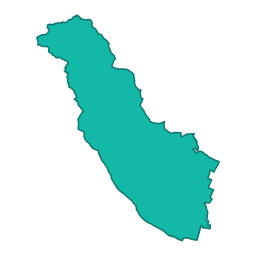 the district of Cornesti, Cluj, Romania
{"feature_id": "2599482B95174876937173", "entity_name": "Cornesti", "entity_type": "district", "adm_level": 2, "iso_a3": "ROU", "parent_name": "Romania", "parent_adm1": "Cluj", "projection": "natural_earth1", "projection_center": [23.687, 47.03], "detail": "fine", "context": "isolated", "style": "filled", "palette": "teal", "viewbox_px": 256, "rotation_deg": 0, "n_neighbors": 0, "source": "geoboundaries", "source_scale": "gbopen_adm2", "svg_char_len": 5628}
<svg xmlns="http://www.w3.org/2000/svg" viewBox="0 0 256 256"><path d="M197.1,240.1L197.4,238.8L197.2,238.8L198.4,235.3L199.5,231.3L200.8,225.9L201.2,226.0L202.1,226.0L202.5,226.3L202.7,226.8L202.5,227.5L202.8,227.9L204.0,227.7L204.6,227.9L208.0,228.2L209.2,228.7L210.1,228.6L210.3,225.1L207.8,225.0L208.6,221.0L206.2,220.0L206.9,218.7L207.3,217.4L207.2,216.3L207.0,216.1L207.2,215.6L207.7,212.9L207.7,212.2L207.7,211.9L207.6,211.7L207.0,210.3L206.5,208.7L206.3,207.5L205.5,204.9L205.0,204.0L204.2,202.8L204.7,202.1L205.6,202.6L207.5,202.9L208.0,202.8L208.6,202.9L209.7,202.8L210.5,201.5L212.0,199.0L211.2,198.3L210.0,197.7L211.9,193.7L213.4,189.7L211.3,189.1L210.0,188.4L208.2,187.8L211.6,179.8L209.1,178.8L207.7,178.4L208.9,175.5L209.1,174.5L209.5,173.7L210.3,170.1L211.1,170.4L213.9,172.0L215.1,169.5L218.5,163.5L219.1,161.7L218.3,161.2L215.1,160.2L213.5,159.3L208.8,157.2L208.4,156.6L206.8,155.1L204.9,154.0L202.7,152.2L201.7,151.6L200.5,151.3L199.3,151.4L196.1,153.0L195.7,152.5L194.6,151.2L194.4,150.8L194.5,150.8L192.9,149.0L195.2,148.1L196.2,149.6L196.5,149.6L196.6,150.0L197.2,150.7L197.9,150.2L197.6,149.8L197.9,149.3L198.4,148.0L197.9,145.8L197.5,145.2L196.3,142.3L197.0,141.7L196.3,140.3L195.9,139.9L195.3,139.9L194.6,138.9L195.1,138.6L194.4,137.5L192.8,136.0L194.5,133.3L193.6,133.8L189.6,133.9L186.2,134.3L186.2,134.7L185.9,134.7L183.6,136.0L182.6,136.4L180.8,136.7L181.1,135.6L180.9,134.2L180.9,132.8L178.8,132.6L173.6,132.6L173.4,132.8L172.4,133.1L170.4,133.4L169.2,132.0L168.1,131.7L166.0,129.8L164.5,128.8L164.3,128.4L164.3,127.2L163.9,125.0L164.1,123.5L164.5,122.5L164.2,121.7L161.6,123.0L159.7,123.4L159.1,123.6L154.0,123.1L150.5,121.6L149.9,121.2L149.5,120.0L149.4,119.2L148.1,117.8L145.8,114.8L144.6,112.6L143.7,110.5L142.4,108.7L141.0,107.2L140.5,105.9L140.2,104.8L140.3,104.7L140.6,104.1L142.9,98.9L140.5,97.5L140.8,96.6L140.8,96.2L140.1,93.4L140.5,91.8L140.7,90.4L140.6,89.9L139.4,90.3L138.1,89.0L136.9,88.0L135.4,86.1L134.6,83.6L134.2,82.9L134.5,81.9L134.8,81.3L134.4,80.0L134.2,78.5L133.9,77.9L134.0,77.0L133.6,75.8L133.8,74.8L133.4,74.5L133.2,73.9L133.0,73.6L132.2,73.2L131.6,72.3L130.9,72.0L129.7,71.1L129.4,71.0L129.1,71.1L128.8,70.5L128.0,69.8L127.5,69.6L123.6,69.0L122.0,68.9L119.6,69.2L118.5,68.9L117.0,68.8L112.9,67.2L112.0,66.4L112.1,64.8L112.8,63.7L113.6,60.5L114.4,60.0L114.8,59.5L115.4,58.4L115.2,57.8L114.6,57.2L114.0,55.4L112.3,54.2L111.8,53.2L111.2,52.9L110.8,51.9L110.8,51.6L110.4,51.0L110.3,50.5L110.0,50.2L109.9,49.9L109.9,48.8L108.7,47.2L108.5,46.5L108.4,45.8L108.7,45.2L108.7,44.6L109.1,44.0L108.7,42.9L108.0,42.3L107.4,42.1L107.4,41.7L107.5,41.5L105.5,39.6L103.5,38.1L103.2,37.7L102.8,36.8L102.5,36.6L102.1,36.0L102.0,35.7L101.3,34.9L100.7,34.4L99.4,33.9L99.0,33.9L98.3,34.2L97.2,31.5L95.6,29.3L94.4,28.2L92.1,26.7L91.9,26.1L92.1,23.6L92.0,22.3L91.2,20.7L90.5,20.0L89.4,19.6L87.8,19.4L87.2,20.1L86.2,20.1L80.1,18.7L79.9,18.7L80.9,18.3L77.6,15.4L77.4,15.7L77.1,15.8L76.7,15.5L76.4,15.5L75.8,15.9L75.7,16.1L75.9,16.4L75.6,16.6L75.4,16.6L75.2,16.1L73.5,16.7L72.9,17.9L72.4,18.2L71.9,19.1L71.5,19.4L70.9,19.6L70.6,19.8L69.5,19.5L69.0,19.6L68.3,20.5L66.1,22.6L63.7,22.4L63.0,22.0L62.7,22.3L61.5,22.4L61.0,22.7L60.9,22.9L61.1,23.1L59.8,23.1L58.6,22.8L57.9,22.8L57.2,23.2L54.7,23.6L54.3,23.7L54.4,24.3L53.2,24.7L52.1,24.7L50.2,24.2L49.4,24.3L48.0,24.7L47.8,24.9L47.9,25.2L47.5,26.1L47.2,26.7L47.2,26.9L48.0,28.3L48.8,29.3L49.4,30.6L49.2,31.2L48.0,32.3L47.6,33.2L47.0,33.5L46.2,34.3L44.1,34.6L43.9,34.8L42.4,34.8L41.8,34.9L40.7,35.5L37.7,36.8L37.3,37.2L36.9,38.2L37.6,39.5L37.6,40.7L38.1,41.8L38.2,42.1L38.1,42.4L38.3,43.3L37.8,44.9L39.6,45.0L41.4,45.9L43.3,46.5L44.3,46.6L47.2,46.3L47.3,46.6L48.6,47.8L48.9,48.3L48.9,49.9L48.5,51.3L48.7,51.7L50.1,52.8L51.4,53.2L51.9,53.7L52.4,54.9L52.6,55.1L53.8,55.5L54.6,56.0L55.3,56.6L56.1,57.8L58.3,57.8L58.7,57.3L60.3,57.6L60.9,58.0L61.7,58.8L62.1,59.2L63.1,59.2L64.7,60.3L66.0,60.7L66.7,61.0L67.8,61.8L67.8,62.3L67.6,62.9L67.7,63.7L67.3,64.6L66.5,65.2L66.4,65.6L65.8,66.3L66.2,67.7L65.0,67.9L65.2,68.2L65.7,70.8L64.6,71.0L66.3,72.8L67.8,72.6L67.9,73.0L68.0,73.7L67.8,74.9L66.9,77.2L67.9,79.1L67.7,79.2L67.6,81.2L68.0,82.9L68.8,84.7L68.9,86.0L69.2,86.1L69.1,87.1L69.4,87.4L71.0,87.9L71.6,88.6L72.4,89.1L74.4,91.1L74.2,91.4L74.3,92.6L75.1,93.3L75.2,94.2L75.9,95.1L76.1,95.6L76.4,97.1L76.1,97.9L74.4,99.1L76.5,100.9L77.2,101.4L77.7,102.0L78.0,103.2L78.0,104.1L78.5,105.3L78.8,105.7L80.0,106.7L80.3,107.5L81.3,108.7L82.6,110.0L82.9,110.6L82.9,111.2L82.7,111.5L81.6,113.5L80.3,115.1L80.0,115.5L79.8,116.2L78.2,119.0L78.2,119.6L78.5,121.1L78.3,122.2L78.6,124.5L78.4,125.4L78.4,126.2L78.2,127.2L78.1,128.6L78.3,129.0L79.3,129.8L79.5,129.7L80.0,130.1L80.7,130.3L81.4,130.8L82.6,131.1L83.3,131.6L83.9,132.3L84.2,132.9L84.1,133.9L84.2,134.6L84.0,136.1L84.2,137.1L85.1,139.4L87.0,141.8L88.4,142.6L89.3,143.6L90.5,145.7L91.9,147.5L92.4,147.8L92.9,148.4L93.7,148.7L94.5,149.3L97.3,150.1L97.9,150.3L98.3,150.7L98.7,153.3L98.9,154.1L99.3,154.9L99.7,155.6L100.5,157.2L101.9,160.6L104.4,163.6L104.8,164.5L106.4,166.5L107.8,169.4L109.0,172.5L109.8,173.6L110.9,175.4L111.4,177.8L112.5,180.8L113.8,182.2L114.8,184.4L116.2,186.3L116.9,188.0L117.8,188.6L118.7,189.8L120.4,191.3L122.6,193.0L124.8,194.5L126.2,195.7L126.6,196.3L127.7,197.3L131.9,200.8L134.1,203.8L135.5,205.0L136.1,206.6L136.3,207.6L136.5,209.8L137.7,211.3L139.7,215.3L143.7,219.6L146.7,221.6L146.6,221.8L151.2,224.0L154.6,226.0L161.6,229.7L164.5,231.7L167.1,234.1L170.0,236.1L170.3,235.6L171.0,236.0L174.9,237.2L176.2,237.9L177.5,238.9L179.0,239.6L182.4,240.6L183.2,238.6L184.3,238.0L186.2,237.8L188.5,238.1L192.1,239.4L193.7,239.7L197.1,240.1Z" fill="#14b8a6" stroke="#0f766e" stroke-width="1.5"/></svg>